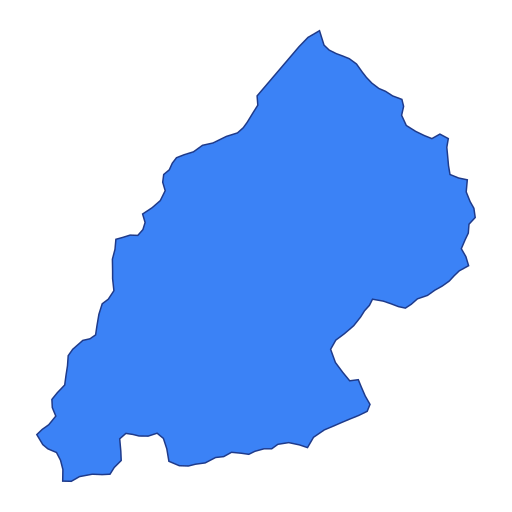 Camboriú, Santa Catarina, Brazil
{"feature_id": "56859067B78577950079276", "entity_name": "Camboriú", "entity_type": "district", "adm_level": 2, "iso_a3": "BRA", "parent_name": "Brazil", "parent_adm1": "Santa Catarina", "projection": "mercator", "projection_center": [-48.711, -27.063], "detail": "fine", "context": "isolated", "style": "filled", "palette": "blue", "viewbox_px": 512, "rotation_deg": 0, "n_neighbors": 0, "source": "geoboundaries", "source_scale": "gbopen_adm2", "svg_char_len": 2056}
<svg xmlns="http://www.w3.org/2000/svg" viewBox="0 0 512 512"><path d="M319.5,30.7L308.0,37.4L299.1,46.6L257.1,95.9L257.8,105.2L253.0,112.8L247.2,122.3L243.3,127.7L237.5,132.9L226.4,136.4L212.9,143.0L202.5,145.3L193.5,151.8L184.2,154.7L176.5,157.7L172.3,163.2L169.3,169.8L163.7,174.5L162.7,182.2L165.2,190.7L160.3,200.6L152.0,207.8L142.6,214.0L145.1,222.5L142.9,229.6L137.8,235.4L130.1,235.1L122.8,237.4L115.9,239.3L115.0,249.3L112.4,259.2L112.6,271.1L112.6,278.6L113.9,290.7L108.3,299.2L102.2,303.8L98.9,314.3L96.9,326.1L95.6,334.9L89.9,338.8L82.8,340.4L72.7,349.3L68.2,355.7L67.5,365.7L66.0,375.4L64.7,385.0L57.5,392.5L51.9,399.4L52.3,407.6L55.8,416.1L48.8,424.7L42.2,429.4L36.8,434.6L42.8,444.6L47.8,448.8L56.5,452.5L60.5,460.2L62.9,469.5L62.7,481.1L71.3,481.3L79.5,476.6L92.3,474.2L102.2,474.6L110.0,474.2L114.2,467.5L121.2,460.5L120.8,451.1L119.7,438.8L125.9,433.4L132.7,434.4L139.1,436.0L148.2,436.1L157.1,433.2L163.4,438.4L166.8,448.8L168.9,461.3L179.3,465.7L188.4,466.0L195.5,464.2L205.2,462.9L215.6,457.5L223.7,456.6L231.5,452.3L241.0,453.2L248.8,454.3L254.9,451.3L264.0,448.8L271.7,448.8L277.9,444.3L288.7,442.6L299.5,444.9L307.5,447.6L313.5,437.3L324.3,429.9L335.4,425.2L341.6,422.5L349.9,419.0L358.6,415.5L367.2,411.3L370.0,404.4L365.2,396.0L361.0,386.3L358.3,379.7L349.7,380.8L342.7,372.3L335.4,362.5L330.6,349.3L335.8,340.1L344.4,333.7L353.7,325.7L360.6,317.0L364.5,310.8L369.4,305.4L372.5,299.2L383.2,301.1L391.1,303.8L398.4,306.6L405.4,308.1L411.2,304.3L417.5,298.8L427.5,295.4L434.8,290.2L442.3,286.0L449.3,281.0L454.1,275.8L459.3,270.8L468.6,265.7L465.9,256.7L461.3,248.7L465.2,239.6L468.3,233.1L469.0,224.2L475.2,217.5L473.9,208.3L470.1,201.6L466.2,191.9L467.3,179.8L458.6,178.0L450.0,174.5L448.5,165.6L447.6,155.7L446.8,147.3L448.3,138.6L439.9,134.1L431.9,138.6L424.4,135.6L415.7,131.4L406.3,125.5L401.6,115.3L403.6,106.4L401.9,99.4L392.6,95.9L385.5,91.3L378.9,88.5L371.8,83.1L366.3,77.3L362.1,71.9L356.5,64.0L349.3,58.7L342.7,56.0L336.2,53.6L329.2,50.1L324.0,45.1L319.5,30.7Z" fill="#3b82f6" stroke="#1e3a8a" stroke-width="1.5"/></svg>